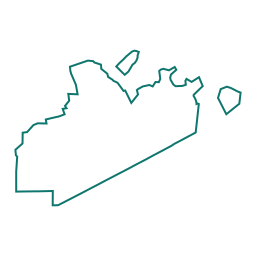 Norfolk, Massachusetts, United States of America (Albers equal-area conic projection)
{"feature_id": "52423323B66944886224636", "entity_name": "Norfolk", "entity_type": "district", "adm_level": 2, "iso_a3": "USA", "parent_name": "United States of America", "parent_adm1": "Massachusetts", "projection": "albers", "projection_center": [-71.138, 42.168], "detail": "fine", "context": "isolated", "style": "outline", "palette": "teal", "viewbox_px": 256, "rotation_deg": 0, "n_neighbors": 0, "source": "geoboundaries", "source_scale": "gbopen_adm2", "svg_char_len": 1507}
<svg xmlns="http://www.w3.org/2000/svg" viewBox="0 0 256 256"><path d="M112.5,79.7L108.1,76.9L107.3,73.7L101.3,68.9L101.1,66.0L100.9,64.6L94.4,62.5L93.3,61.2L87.9,60.6L70.0,66.7L70.3,70.6L71.1,73.6L75.9,84.8L77.6,94.3L68.3,93.9L69.2,100.7L65.0,105.9L66.5,108.2L62.7,108.9L64.6,114.3L59.1,116.4L52.0,118.0L45.8,119.5L46.5,123.5L37.7,123.3L33.4,125.1L27.1,132.1L22.7,132.7L22.5,143.5L15.4,149.8L15.9,155.2L17.2,156.7L16.2,171.5L16.2,185.5L16.2,191.6L28.8,191.4L39.3,191.3L52.8,191.0L52.7,205.3L58.1,205.2L82.0,192.9L106.0,180.3L112.0,177.2L116.4,174.9L119.5,173.3L128.9,168.4L136.9,164.1L147.1,158.8L153.1,155.5L164.3,149.6L165.4,149.0L171.6,145.7L174.4,143.8L178.1,141.9L188.2,136.5L195.7,132.5L198.8,104.0L197.6,103.5L196.5,104.0L196.4,102.3L195.4,99.1L193.6,95.9L193.7,94.8L202.7,86.1L199.0,77.2L191.6,81.9L186.5,78.9L185.4,80.9L185.8,84.8L182.4,85.9L175.6,86.2L173.4,84.6L170.6,79.8L170.4,78.8L170.2,77.5L171.0,74.5L176.3,69.8L174.7,67.0L169.0,70.3L163.3,68.8L160.6,69.7L159.2,71.0L160.3,78.9L158.8,82.2L155.5,82.0L152.7,86.4L149.3,85.0L142.9,86.4L138.3,88.9L136.9,90.0L138.0,94.5L131.3,102.9L125.2,90.5L123.5,90.9L117.5,82.7L113.4,80.8L112.5,79.7ZM240.6,92.6L238.1,91.7L230.9,88.0L226.9,86.7L220.7,89.1L218.0,97.9L226.3,114.2L238.0,104.8L239.3,103.8L240.6,92.6ZM123.1,59.7L119.3,63.2L116.3,66.5L120.7,70.9L124.7,74.8L128.4,71.6L132.5,64.7L134.8,62.9L136.4,60.6L137.6,57.5L137.6,55.5L138.8,52.0L136.6,51.1L134.3,50.7L132.0,51.6L126.5,56.2L123.1,59.7Z" fill="none" stroke="#0f766e" stroke-width="2"/></svg>